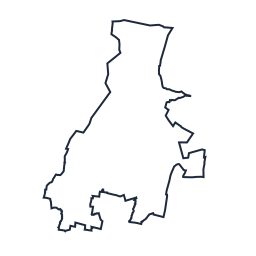 Zinacantepec, México, Mexico (Mercator projection), rotated 184°
{"feature_id": "50627088B3393868502774", "entity_name": "Zinacantepec", "entity_type": "district", "adm_level": 2, "iso_a3": "MEX", "parent_name": "Mexico", "parent_adm1": "México", "projection": "mercator", "projection_center": [-99.791, 19.204], "detail": "fine", "context": "isolated", "style": "outline", "palette": "slate", "viewbox_px": 256, "rotation_deg": 184, "n_neighbors": 0, "source": "geoboundaries", "source_scale": "gbopen_adm2", "svg_char_len": 5284}
<svg xmlns="http://www.w3.org/2000/svg" viewBox="0 0 256 256"><g transform="rotate(184 128 128)"><path d="M49.2,84.3L49.9,92.1L49.2,97.8L49.4,99.1L48.8,104.5L50.2,104.0L49.9,111.2L52.5,111.8L65.4,107.2L65.9,102.6L70.7,101.7L76.1,117.2L68.2,117.7L62.7,127.1L71.9,131.1L74.7,132.5L75.1,133.2L81.2,136.8L83.2,133.0L87.8,138.3L91.2,142.9L90.4,145.0L88.8,148.9L92.3,151.0L91.3,156.2L90.7,156.6L88.5,156.7L88.1,158.8L86.7,158.5L86.3,159.1L84.6,158.9L84.5,159.0L83.1,159.0L79.4,161.7L78.5,161.5L75.3,162.8L73.1,164.4L71.9,164.2L70.6,164.8L70.3,164.2L67.2,164.2L68.5,164.3L68.8,164.7L69.3,164.5L69.9,164.5L70.6,164.8L71.6,165.0L72.3,165.3L73.9,165.8L74.9,166.6L76.0,167.2L77.3,168.2L79.0,167.4L82.6,167.4L86.0,168.3L86.4,168.3L89.5,169.5L91.8,169.4L93.0,170.2L95.1,170.4L96.1,171.3L96.7,173.0L97.2,174.7L97.3,175.8L98.1,178.8L99.4,182.5L100.4,183.3L100.7,183.7L100.9,184.3L100.8,184.8L101.1,186.6L101.2,192.1L100.5,192.2L100.4,192.4L100.2,195.0L100.1,195.9L100.1,197.7L99.5,200.3L98.0,207.1L97.0,211.4L94.6,223.2L90.6,230.9L99.2,231.0L100.3,231.9L104.4,233.1L113.2,231.8L139.4,235.4L143.6,234.0L150.9,233.2L150.6,231.4L150.9,224.7L150.7,224.4L151.0,221.9L151.1,220.4L146.4,217.7L143.1,215.2L142.3,210.8L142.2,205.5L140.8,202.4L153.1,191.0L151.5,180.4L153.6,171.2L148.2,162.6L165.3,135.4L166.6,129.9L167.6,127.9L172.2,120.3L179.4,121.5L181.5,118.2L184.7,113.4L185.3,111.9L185.8,110.1L188.3,103.0L186.3,102.8L186.9,100.5L187.6,98.6L188.9,95.9L189.1,95.2L189.1,94.3L189.0,93.6L188.8,92.1L188.8,91.0L188.9,90.5L188.7,90.0L188.4,89.2L189.0,88.9L188.9,88.4L188.9,88.1L188.8,87.2L189.0,86.3L189.1,82.4L189.1,80.9L189.1,80.7L189.8,79.4L190.1,79.1L191.1,77.5L191.5,77.1L192.2,76.3L194.8,76.3L195.1,76.2L196.3,76.6L196.7,76.5L197.4,75.2L197.8,74.3L199.0,72.2L199.2,71.7L199.4,71.0L199.5,70.5L200.0,69.4L200.0,69.1L200.5,68.6L202.2,68.0L202.3,67.8L202.4,67.7L202.5,67.5L203.1,67.0L204.6,65.3L205.0,64.7L205.2,62.2L205.2,60.9L206.3,60.8L206.3,59.5L206.2,58.8L206.3,58.8L206.3,58.1L206.4,56.4L206.5,55.6L206.7,54.9L207.2,52.6L205.4,52.7L204.6,52.6L203.3,52.4L200.7,51.9L200.4,50.9L200.3,50.0L199.9,49.7L198.7,42.5L196.5,43.4L195.9,43.5L193.8,43.5L193.4,43.3L192.6,42.6L192.4,42.5L191.5,42.0L190.7,41.9L190.1,42.5L189.9,42.4L189.5,42.0L189.0,41.3L188.9,41.4L188.7,41.3L188.7,41.2L188.6,40.8L188.6,40.6L188.4,40.6L188.2,40.5L188.0,40.4L188.0,40.1L188.1,39.6L188.1,39.1L188.6,38.3L188.5,38.2L188.4,38.0L188.5,37.8L188.3,37.3L188.1,37.3L188.1,37.2L187.7,36.9L187.7,36.6L187.7,36.3L187.5,35.4L187.7,35.1L187.6,34.9L187.2,34.9L187.6,34.7L187.5,34.1L187.7,33.7L187.6,33.4L187.4,33.2L187.5,32.9L187.7,31.8L188.0,31.5L188.1,31.0L188.3,30.7L188.3,30.4L188.9,30.0L189.0,29.7L189.0,29.4L189.3,29.2L189.3,28.4L189.0,28.0L189.1,27.6L189.4,27.1L189.6,26.8L189.7,26.4L189.9,25.0L190.4,24.3L190.0,24.2L190.0,21.7L188.2,21.6L185.2,21.4L184.1,21.3L183.9,20.9L183.5,20.6L183.2,21.1L179.0,22.5L178.6,26.4L173.9,25.8L173.8,27.1L173.9,27.8L173.9,30.0L163.9,28.0L163.9,24.4L164.1,23.6L161.5,23.5L160.0,23.3L157.3,23.1L157.4,23.7L157.5,25.5L156.9,25.6L157.1,26.2L157.4,26.9L148.1,25.3L147.0,33.3L148.9,34.7L150.0,37.5L151.2,40.8L151.3,40.7L151.7,40.7L152.2,40.6L152.5,40.7L153.1,40.8L153.6,40.3L154.2,40.3L154.7,39.9L154.8,40.0L154.7,40.2L154.8,40.2L155.2,40.1L155.3,39.9L155.5,39.9L155.5,39.7L155.8,39.5L156.1,39.0L156.3,39.1L157.4,39.0L157.5,38.9L157.8,38.9L157.8,39.3L158.2,39.4L157.8,42.2L157.4,47.0L160.1,47.0L160.1,47.5L160.3,47.9L160.3,48.7L160.2,49.9L160.2,50.2L159.7,52.1L159.6,52.9L159.5,54.5L159.6,55.4L158.2,55.4L158.0,57.2L158.4,57.6L158.5,57.8L156.6,57.7L155.2,57.6L151.9,57.5L151.9,58.9L151.8,60.1L151.8,61.1L151.6,62.5L149.8,62.4L149.6,63.7L149.1,63.7L149.0,64.9L148.5,64.9L148.6,63.5L148.2,63.4L148.2,62.4L146.6,62.2L144.3,62.2L144.2,61.6L139.9,60.9L139.1,60.7L138.1,60.6L134.3,60.0L132.4,59.4L130.8,59.2L127.5,60.9L126.1,57.2L125.5,55.2L115.9,58.8L115.5,58.9L115.0,59.2L114.9,58.6L115.0,58.5L114.9,58.4L115.2,58.2L115.4,57.8L115.9,57.3L116.1,56.9L115.9,56.7L116.0,56.6L115.9,56.6L115.9,56.4L116.0,56.4L115.8,56.2L115.5,56.0L115.5,55.6L115.3,55.2L115.5,54.7L115.4,54.4L115.5,54.2L115.6,53.9L115.4,53.5L115.5,53.1L115.4,53.1L115.3,52.9L115.5,52.8L115.4,52.7L115.5,52.6L115.6,52.3L115.7,52.1L115.8,52.0L115.8,51.6L115.9,51.3L115.8,51.0L116.0,50.8L116.1,50.6L116.3,50.4L116.3,49.8L116.5,49.7L116.5,49.3L116.6,49.0L116.9,48.3L117.2,47.8L117.1,47.7L117.2,47.2L116.5,45.7L116.7,44.9L116.8,44.5L117.7,43.4L117.7,43.1L117.6,42.9L117.9,42.2L117.8,41.9L118.0,41.2L118.3,40.8L118.2,40.6L118.4,39.2L118.2,38.6L118.4,38.3L118.6,38.3L118.7,38.2L118.7,37.5L119.0,37.2L119.5,35.6L119.8,35.3L120.0,35.3L120.1,34.9L120.2,35.0L120.3,35.3L120.4,35.2L120.3,34.5L117.9,34.2L114.7,34.1L111.9,33.8L110.4,33.5L108.1,33.2L108.1,33.3L108.4,33.5L107.4,35.3L107.8,35.5L107.1,36.1L106.7,36.0L105.9,37.0L103.9,38.5L103.5,39.2L103.2,39.6L102.8,40.1L102.1,41.4L101.7,41.8L101.6,42.1L101.2,42.4L100.8,43.2L100.7,43.2L100.1,43.6L99.6,43.7L98.8,43.9L98.2,44.2L97.9,44.6L97.0,44.8L96.9,44.5L96.9,44.4L96.2,43.8L96.0,43.6L96.1,43.4L86.4,41.6L85.3,48.7L84.3,61.6L84.2,62.3L84.4,64.2L85.4,64.4L85.1,68.2L83.1,77.9L82.3,83.6L81.6,86.1L79.3,92.7L79.2,92.7L77.1,94.8L75.1,95.6L74.3,95.4L69.5,90.0L68.2,89.7L67.3,89.7L68.2,86.9L69.4,84.6L69.7,83.5L69.5,82.9L60.5,83.3L56.4,84.0L50.8,84.5L49.2,84.3Z" fill="none" stroke="#1e293b" stroke-width="2"/></g></svg>